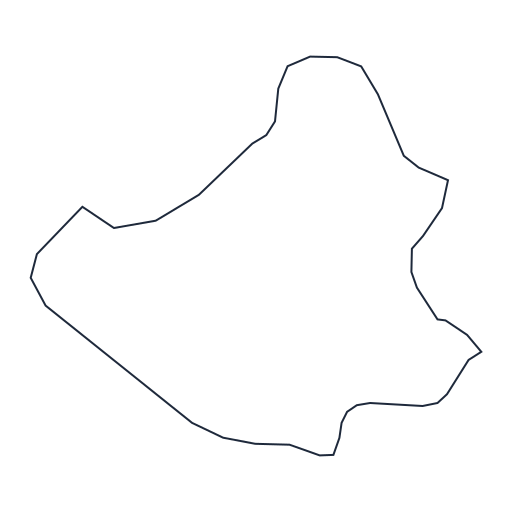 an SVG outline of Siquijor
{"feature_id": "PHL-2517", "entity_name": "Siquijor", "entity_type": "Province", "adm_level": 1, "iso_a3": "PHL", "parent_name": "Philippines", "parent_adm1": "", "projection": "robinson", "projection_center": [123.634, 9.196], "detail": "fine", "context": "isolated", "style": "outline", "palette": "slate", "viewbox_px": 512, "rotation_deg": 0, "n_neighbors": 0, "source": "natural_earth", "source_scale": "10m", "svg_char_len": 645}
<svg xmlns="http://www.w3.org/2000/svg" viewBox="0 0 512 512"><path d="M437.5,319.4L445.5,320.4L467.1,334.9L481.3,351.8L468.6,359.9L447.0,394.2L437.5,403.0L422.6,406.0L370.1,403.0L356.8,405.2L347.1,411.8L341.6,422.8L339.4,437.9L333.4,454.9L319.7,455.4L289.5,444.7L255.2,443.8L223.1,437.7L192.1,422.9L45.6,305.6L30.7,277.8L36.9,254.1L82.4,206.8L113.9,228.0L155.7,220.7L198.9,194.8L252.3,143.6L266.3,135.1L275.0,121.4L278.3,88.6L287.6,66.2L310.1,56.6L337.2,57.2L361.2,66.4L377.9,94.3L403.8,155.8L418.7,167.6L448.0,180.2L442.0,208.1L423.0,236.0L411.9,248.7L411.4,272.0L416.9,287.6L437.5,319.4Z" fill="none" stroke="#1e293b" stroke-width="2"/></svg>